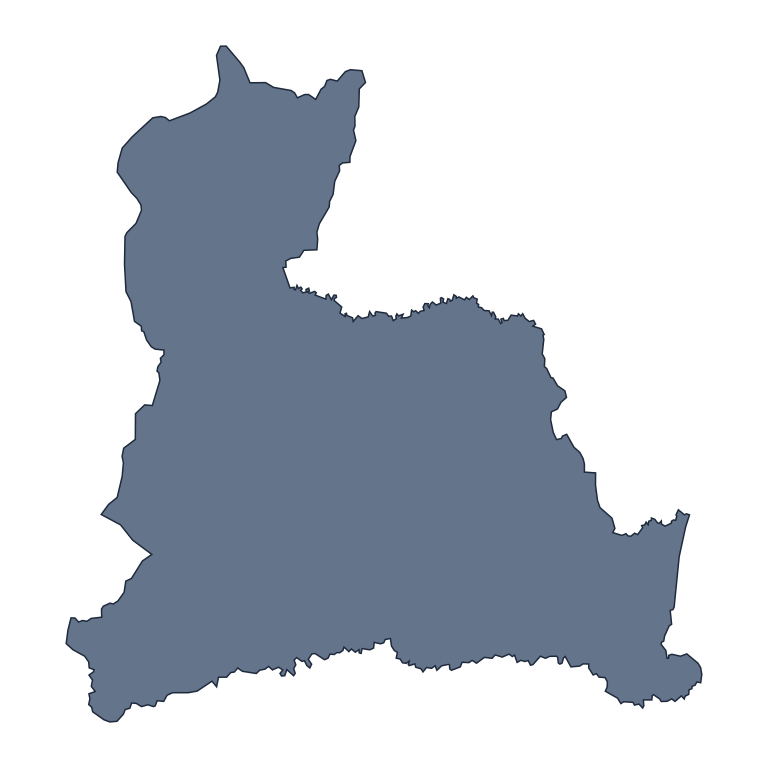 outline of Nong Khayang, Uthai Thani, Thailand
{"feature_id": "78962969B47867684933269", "entity_name": "Nong Khayang", "entity_type": "district", "adm_level": 2, "iso_a3": "THA", "parent_name": "Thailand", "parent_adm1": "Uthai Thani", "projection": "natural_earth1", "projection_center": [99.965, 15.364], "detail": "fine", "context": "isolated", "style": "filled", "palette": "slate", "viewbox_px": 768, "rotation_deg": 0, "n_neighbors": 0, "source": "geoboundaries", "source_scale": "gbopen_adm2", "svg_char_len": 6081}
<svg xmlns="http://www.w3.org/2000/svg" viewBox="0 0 768 768"><path d="M361.9,70.7L350.4,69.7L345.4,71.6L337.2,81.1L330.4,79.3L326.9,80.5L324.7,86.3L321.0,89.3L315.7,99.4L308.5,94.5L304.5,94.6L297.4,97.8L294.6,92.9L291.2,90.5L273.6,87.4L265.6,82.6L250.0,82.8L243.8,67.7L240.3,62.8L226.2,46.1L220.5,46.2L216.5,55.4L219.9,80.2L217.7,92.1L215.4,96.8L206.3,104.1L190.0,113.0L169.4,120.8L165.4,117.5L160.8,116.5L152.8,117.8L132.5,136.5L122.2,148.1L118.1,162.6L117.2,172.1L131.2,192.5L136.9,198.4L140.9,204.9L141.5,210.2L136.0,223.4L126.9,232.6L125.0,236.4L124.5,264.2L126.0,291.7L131.0,301.5L134.5,321.4L141.3,326.2L141.6,330.8L143.8,331.7L146.6,340.0L151.2,346.7L155.0,349.1L163.9,350.1L164.0,354.6L160.4,358.3L161.1,362.2L157.9,366.7L157.0,371.1L158.9,372.9L159.9,380.5L152.3,405.5L144.7,404.9L135.5,413.7L135.3,439.4L123.7,448.2L122.1,456.3L123.4,462.8L122.2,476.2L117.2,497.4L108.6,504.4L101.2,514.5L120.6,524.9L132.7,540.2L151.8,554.4L142.4,561.0L131.5,578.4L125.8,581.1L124.1,592.3L117.9,601.0L113.0,604.1L110.1,603.1L103.3,606.2L101.5,609.1L101.7,617.2L91.1,618.4L86.9,621.3L82.6,620.5L78.6,622.0L75.0,618.0L71.0,617.9L67.9,630.4L66.2,643.6L72.9,649.7L84.7,656.2L88.7,662.0L89.2,667.9L94.1,669.7L93.5,671.8L89.0,675.1L92.5,680.1L91.3,686.4L95.2,691.5L88.9,693.8L89.9,698.7L88.7,704.6L91.6,707.1L92.7,711.8L103.8,719.7L109.7,721.9L117.0,721.3L123.4,714.1L125.2,709.5L129.8,708.3L131.6,703.0L136.3,703.4L141.5,706.6L147.7,704.8L153.7,706.6L155.2,705.9L157.2,700.7L163.7,701.4L167.1,695.2L172.7,692.7L188.3,692.7L197.1,691.1L212.0,681.2L216.6,686.8L218.5,677.2L226.7,677.2L230.6,672.6L234.4,672.0L237.7,668.0L242.4,671.3L256.3,673.5L259.7,670.2L265.1,669.1L268.5,666.4L272.5,669.9L278.5,667.2L282.8,670.0L280.0,673.4L281.5,676.0L284.8,675.7L286.8,669.6L293.6,675.7L295.2,673.3L293.7,668.6L295.8,664.8L294.1,660.1L296.6,657.6L302.0,661.4L304.4,660.7L306.8,665.5L309.8,668.0L311.6,664.2L308.3,659.3L311.9,653.9L315.2,653.6L324.5,659.7L328.0,658.2L330.0,654.1L334.2,654.5L336.8,652.6L339.8,652.7L342.9,650.5L344.0,647.1L348.9,651.6L351.4,649.0L355.3,652.2L359.1,649.7L359.2,652.9L361.1,653.4L362.1,648.6L369.8,649.8L373.6,648.1L374.2,642.4L380.6,643.8L383.7,642.8L385.2,639.5L390.4,638.5L391.5,646.1L394.3,650.5L397.4,652.4L396.2,658.2L400.1,659.0L402.5,662.8L406.2,663.3L409.2,661.1L408.3,664.5L409.2,665.6L414.9,663.9L415.7,667.2L421.0,668.8L423.0,671.9L426.5,667.5L431.6,668.3L435.2,665.8L436.9,670.3L441.6,665.8L448.5,664.4L449.5,664.9L449.7,668.9L451.4,670.3L460.3,666.9L462.1,662.3L469.0,662.6L472.1,660.4L476.5,663.2L484.4,657.4L492.1,658.3L495.2,654.9L502.2,657.1L509.1,654.1L512.3,656.5L514.6,655.2L517.1,662.4L521.0,660.3L524.8,661.5L528.2,660.6L530.5,665.2L532.9,664.6L540.4,656.2L545.5,658.3L549.4,656.4L556.4,656.2L557.7,657.4L558.3,662.9L559.9,664.1L562.1,663.0L563.5,658.0L565.2,656.5L570.9,666.9L579.6,666.1L583.0,663.9L588.7,664.0L588.7,668.0L593.2,675.0L596.4,673.6L599.0,677.1L605.1,677.6L607.4,682.0L607.1,687.3L605.3,691.2L617.6,698.2L620.9,703.6L623.6,701.8L633.0,702.3L634.4,705.1L639.0,704.1L642.7,708.0L643.8,705.8L643.4,699.9L651.8,699.9L652.3,695.5L653.5,694.7L659.7,698.9L661.2,701.5L667.1,701.3L671.7,698.9L675.0,701.4L681.4,695.9L684.2,699.0L685.2,696.1L688.7,694.4L689.0,689.8L691.9,688.7L692.1,686.3L695.1,685.2L696.8,682.0L700.7,682.7L701.8,674.3L700.6,667.6L698.0,663.2L686.8,653.9L680.5,656.2L671.9,654.3L668.8,655.3L668.5,658.2L667.0,658.3L665.9,650.6L661.1,644.3L661.6,642.1L663.7,641.2L664.6,636.0L669.2,625.8L671.6,624.3L670.2,610.4L672.9,609.6L674.1,607.3L679.2,556.6L685.6,527.1L689.5,514.8L686.5,513.8L684.4,514.8L678.4,509.8L676.0,514.9L676.8,516.3L675.6,520.3L673.4,520.0L671.5,521.2L671.3,523.2L665.2,526.1L661.5,524.2L661.3,521.0L659.3,523.3L657.5,522.9L654.8,519.3L651.4,518.0L651.3,520.4L648.8,521.2L648.1,524.7L646.1,522.1L644.6,525.0L641.7,525.5L642.6,527.8L637.6,534.6L634.6,533.2L630.9,536.2L628.1,536.0L626.0,533.7L621.9,535.4L612.8,532.6L614.9,528.4L612.0,518.2L600.0,507.6L597.5,500.3L595.5,485.3L595.6,472.9L584.4,472.1L584.4,464.0L583.1,458.6L579.8,452.4L573.9,447.2L566.7,434.3L562.4,436.1L561.5,438.4L556.5,439.6L553.2,432.2L550.6,419.6L551.4,411.8L557.5,409.0L561.0,402.3L566.5,397.4L564.9,390.9L557.5,385.7L553.0,378.0L551.0,377.7L546.7,368.5L544.4,366.6L544.8,358.7L542.2,353.9L543.8,339.3L543.0,335.2L544.2,334.5L541.5,328.8L532.8,326.2L535.6,324.1L533.6,320.4L529.1,321.5L525.1,318.2L522.7,313.7L520.9,316.0L518.4,313.8L517.5,316.0L511.1,315.1L507.9,320.3L504.2,320.6L503.3,318.4L500.9,319.2L502.0,322.7L500.6,323.5L498.3,319.1L495.1,318.9L495.8,316.9L493.5,312.2L492.3,312.2L491.5,315.7L489.1,310.8L484.1,310.5L481.6,307.7L478.3,307.0L478.6,304.4L476.6,303.3L477.2,299.1L473.7,297.7L472.9,295.9L469.3,299.5L466.3,297.3L464.5,299.8L458.8,296.9L456.3,298.3L456.2,296.4L453.9,294.8L452.2,300.3L450.2,301.2L449.8,299.4L447.9,298.7L446.4,303.5L443.0,302.2L443.6,298.9L441.3,297.6L440.4,298.3L440.7,303.2L436.2,305.0L432.4,302.0L430.1,304.4L429.4,307.7L427.9,305.9L428.2,303.7L424.8,303.6L423.1,307.1L424.1,310.5L420.2,311.3L418.4,313.4L415.7,310.7L413.8,311.7L411.6,310.1L410.8,316.0L407.4,317.5L401.4,318.1L403.1,314.2L398.6,315.9L396.9,313.9L395.8,316.1L396.4,318.6L393.3,320.7L391.5,316.0L388.7,316.3L386.4,313.2L376.1,311.6L375.0,313.0L375.5,315.2L372.8,316.1L369.6,311.6L368.2,316.9L361.9,318.5L358.1,315.7L353.2,321.5L352.6,317.8L347.1,315.6L346.4,313.3L345.1,313.7L345.2,316.5L340.0,313.1L341.7,307.0L334.2,300.5L334.4,298.6L336.5,297.4L336.2,295.3L333.9,295.1L331.4,299.7L328.3,294.1L326.2,295.4L325.8,299.1L315.2,295.1L316.3,292.7L314.6,291.4L309.4,293.3L307.5,291.8L309.4,291.2L308.7,288.2L306.0,289.5L306.3,292.0L302.8,292.8L300.7,290.4L302.1,288.9L300.9,287.1L298.4,288.4L297.0,285.4L295.5,289.8L294.1,289.5L294.1,287.3L290.0,287.9L282.9,267.6L286.1,267.2L285.8,261.0L290.7,258.4L299.4,257.2L303.9,250.3L316.9,249.8L317.7,239.2L316.9,232.2L319.3,223.8L329.2,207.0L329.6,201.4L333.1,194.4L334.7,181.5L339.6,170.8L339.3,165.5L342.4,163.0L349.9,162.3L350.0,156.5L355.9,140.7L353.5,130.0L355.0,126.2L354.8,116.5L358.8,106.9L359.3,88.9L365.5,82.5L361.9,70.7Z" fill="#64748b" stroke="#1e293b" stroke-width="1.5"/></svg>